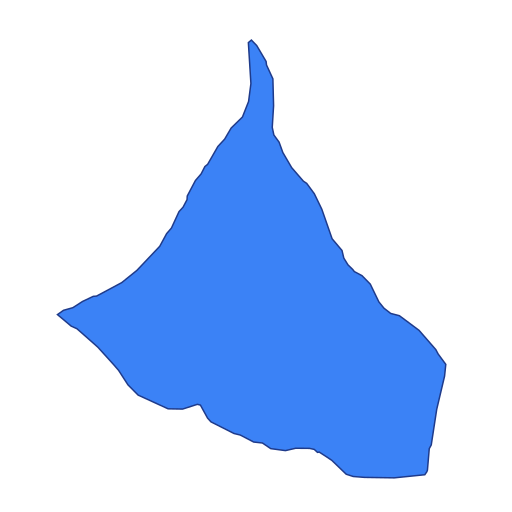 the district of Alotenango, Sacatepéquez, Guatemala, rotated 183°
{"feature_id": "79465075B60145282500225", "entity_name": "Alotenango", "entity_type": "district", "adm_level": 2, "iso_a3": "GTM", "parent_name": "Guatemala", "parent_adm1": "Sacatepéquez", "projection": "robinson", "projection_center": [-90.818, 14.441], "detail": "fine", "context": "isolated", "style": "filled", "palette": "blue", "viewbox_px": 512, "rotation_deg": 183, "n_neighbors": 0, "source": "geoboundaries", "source_scale": "gbopen_adm2", "svg_char_len": 1272}
<svg xmlns="http://www.w3.org/2000/svg" viewBox="0 0 512 512"><g transform="rotate(183 256 256)"><path d="M73.6,51.1L72.9,72.7L71.1,76.5L67.5,112.4L61.4,145.9L60.8,157.7L69.0,167.7L71.5,171.9L89.3,190.3L109.7,203.9L118.5,205.7L125.5,210.6L130.9,216.6L140.4,233.9L149.1,241.9L157.0,245.6L158.7,247.6L163.7,252.0L168.2,258.5L170.4,266.0L180.9,277.2L192.7,306.1L201.0,321.2L209.2,331.2L212.6,333.2L225.0,346.1L234.6,360.7L238.9,370.9L244.5,377.8L246.5,385.3L246.3,406.9L248.4,433.8L255.5,447.3L256.1,450.8L266.3,466.2L271.9,471.4L274.8,468.7L270.1,427.9L271.5,409.9L276.8,394.1L287.5,382.5L293.4,371.1L299.8,363.4L309.1,345.0L311.7,342.7L315.1,335.1L320.4,328.3L327.8,312.3L327.8,308.7L331.4,300.9L335.2,296.3L341.9,279.5L346.4,273.7L352.6,260.7L374.2,235.4L388.7,222.4L413.2,207.6L416.4,207.2L426.9,201.5L436.2,194.8L445.4,191.7L451.2,187.1L436.9,176.3L431.0,174.0L409.2,156.7L392.9,140.5L387.3,134.7L377.1,120.6L366.4,110.9L335.8,98.8L321.3,99.3L306.8,104.8L303.7,104.2L295.9,91.6L292.3,88.0L268.7,77.6L262.4,76.4L248.6,70.1L239.8,69.6L231.2,64.4L216.4,63.2L206.3,66.1L192.5,66.7L187.7,65.9L184.3,63.1L182.6,63.5L177.4,60.5L169.6,55.9L154.5,42.8L147.4,40.9L136.1,40.6L106.3,41.7L76.0,46.4L74.1,49.5L73.6,51.1Z" fill="#3b82f6" stroke="#1e3a8a" stroke-width="1.5"/></g></svg>